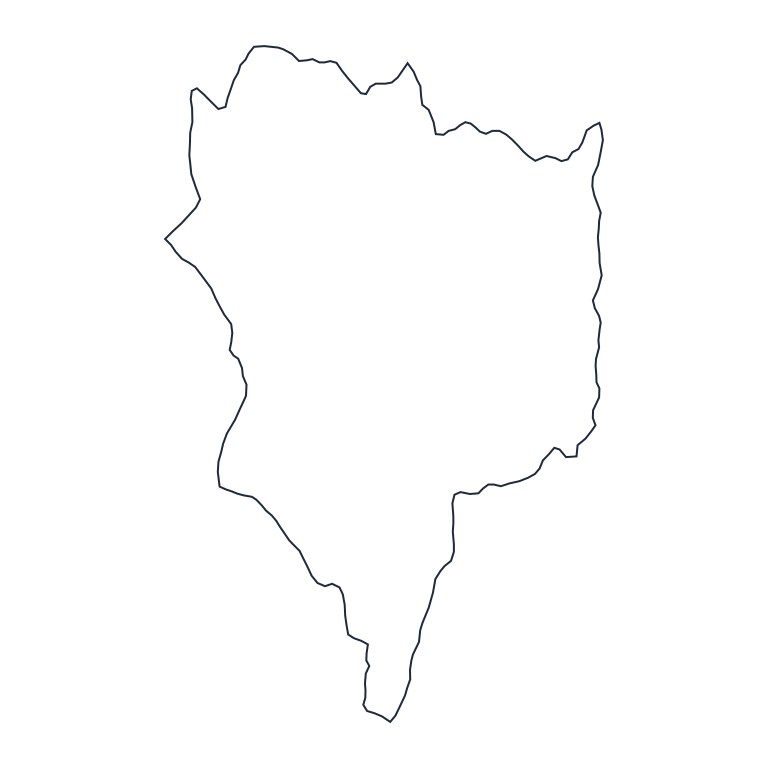 Campos Novos Paulista, São Paulo, Brazil (Equal Earth projection)
{"feature_id": "56859067B51677967668547", "entity_name": "Campos Novos Paulista", "entity_type": "district", "adm_level": 2, "iso_a3": "BRA", "parent_name": "Brazil", "parent_adm1": "São Paulo", "projection": "equal_earth", "projection_center": [-50.01, -22.637], "detail": "fine", "context": "isolated", "style": "outline", "palette": "slate", "viewbox_px": 768, "rotation_deg": 0, "n_neighbors": 0, "source": "geoboundaries", "source_scale": "gbopen_adm2", "svg_char_len": 2967}
<svg xmlns="http://www.w3.org/2000/svg" viewBox="0 0 768 768"><path d="M283.3,49.3L278.3,47.6L271.9,46.9L264.3,46.1L254.0,46.8L248.5,53.7L245.6,59.6L240.4,65.1L238.0,73.0L233.9,80.0L230.7,89.3L227.6,98.1L225.5,106.9L218.4,109.0L212.5,103.2L208.6,99.3L204.3,94.9L196.9,88.3L191.8,90.9L190.7,99.3L192.1,108.3L192.4,122.1L190.2,132.7L190.0,141.5L189.7,148.4L189.3,155.3L190.2,163.2L191.3,174.1L195.9,187.7L200.2,199.2L195.9,207.6L190.2,213.8L181.5,223.3L173.1,231.0L165.1,239.0L171.2,245.1L175.5,251.6L182.1,258.9L188.8,262.6L195.2,267.0L200.1,273.5L206.3,281.8L211.2,288.4L215.5,298.3L219.6,306.2L224.2,314.6L231.2,324.1L232.3,332.9L231.3,341.9L229.7,349.9L233.7,355.7L238.2,358.7L242.0,368.0L242.9,376.1L246.5,384.7L246.0,395.8L243.4,401.6L240.5,407.7L235.1,419.7L226.9,433.5L223.1,443.8L221.2,452.0L218.5,461.5L217.8,472.0L219.6,486.6L226.1,489.5L231.8,491.4L237.2,493.6L243.8,495.4L251.9,496.8L256.4,499.8L261.6,505.2L266.0,510.6L272.0,515.7L276.3,520.9L280.1,527.0L285.3,534.6L289.1,540.2L293.1,544.4L299.6,550.9L303.2,558.3L307.0,565.8L311.6,575.7L317.5,583.0L325.0,586.2L332.1,583.8L339.5,587.4L342.8,594.3L344.7,604.8L345.2,615.7L346.6,625.5L348.2,634.5L353.9,638.2L361.2,640.8L367.9,644.4L366.6,653.2L366.3,660.4L369.3,666.0L365.8,673.5L365.0,683.3L365.5,690.6L365.3,697.8L363.3,704.8L367.1,711.0L374.2,713.1L382.0,716.4L390.2,721.9L395.4,715.7L399.6,707.0L405.1,695.3L407.0,688.5L410.2,679.4L410.0,669.8L411.3,660.9L412.9,654.6L419.0,641.9L420.2,630.3L422.4,623.1L425.7,615.0L428.7,607.8L433.0,592.5L435.4,579.0L440.4,571.1L444.6,566.0L451.0,560.9L453.9,551.8L453.9,544.4L452.8,531.8L453.4,522.6L453.3,515.8L452.4,503.3L454.5,494.7L460.5,492.1L469.9,494.0L478.4,493.3L483.0,488.5L488.4,484.5L493.6,484.5L500.9,486.2L509.5,483.4L519.3,481.2L528.4,477.6L535.0,473.9L539.6,468.5L542.9,460.4L548.8,454.3L554.3,447.8L559.6,449.5L566.0,457.1L576.5,456.4L577.6,445.2L585.5,438.6L591.2,431.4L595.5,425.3L592.8,417.9L593.1,410.2L599.1,397.5L599.4,388.4L596.5,382.3L596.3,375.0L595.6,365.9L596.0,359.1L599.1,347.3L598.4,340.4L599.6,329.6L600.7,322.7L599.1,316.0L594.8,308.1L592.9,300.4L598.0,289.2L601.7,275.3L599.6,263.0L599.4,253.5L598.5,245.6L597.9,237.5L598.8,228.0L599.1,221.2L600.7,212.7L598.3,206.1L594.3,195.4L592.3,186.2L592.9,176.8L598.1,165.0L600.7,152.0L602.9,140.1L601.4,129.5L599.4,122.9L593.4,125.8L586.7,130.4L582.3,142.6L578.5,149.0L572.3,152.3L567.8,159.4L561.4,161.1L555.4,158.1L546.5,156.0L535.3,160.8L528.8,156.4L523.4,151.6L518.3,145.9L512.2,139.7L506.3,134.6L499.5,130.9L492.3,130.9L486.0,133.8L479.8,131.6L475.7,127.6L470.8,123.6L465.4,122.2L460.2,125.1L455.2,129.2L448.6,130.9L443.6,134.8L435.8,134.1L433.6,122.2L428.7,109.9L422.3,104.8L421.1,96.3L420.4,86.2L417.1,80.0L413.6,71.6L407.6,63.2L397.8,77.4L391.8,82.5L385.4,83.7L375.7,83.7L370.3,86.8L366.0,94.1L360.9,93.2L348.1,78.4L342.1,70.9L336.5,62.8L330.3,61.1L324.6,62.4L319.4,62.4L312.6,59.1L306.9,60.3L299.0,61.0L292.0,54.0L283.3,49.3Z" fill="none" stroke="#1e293b" stroke-width="2"/></svg>